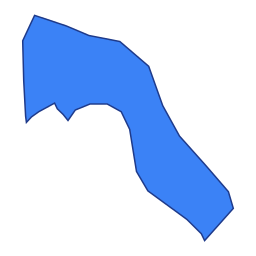 an SVG outline of Budva
{"feature_id": "MNE-1499", "entity_name": "Budva", "entity_type": "Municipality", "adm_level": 1, "iso_a3": "MNE", "parent_name": "Montenegro", "parent_adm1": "", "projection": "equal_earth", "projection_center": [18.879, 42.272], "detail": "fine", "context": "isolated", "style": "filled", "palette": "blue", "viewbox_px": 256, "rotation_deg": 0, "n_neighbors": 0, "source": "natural_earth", "source_scale": "10m", "svg_char_len": 515}
<svg xmlns="http://www.w3.org/2000/svg" viewBox="0 0 256 256"><path d="M204.6,240.6L201.3,233.7L187.0,219.5L147.9,190.9L136.5,171.5L129.7,129.4L121.2,111.7L107.2,104.0L90.0,104.0L75.3,110.0L68.0,120.5L63.2,114.5L57.3,108.8L54.6,103.1L38.8,111.7L31.5,116.9L26.4,122.4L25.6,116.1L23.7,80.4L22.7,40.8L31.1,22.8L34.6,15.4L66.2,25.9L88.9,35.5L119.8,41.5L148.7,66.3L156.8,89.1L162.7,105.6L179.5,136.1L206.3,166.1L228.4,191.7L233.3,208.4L204.7,240.5L204.6,240.6Z" fill="#3b82f6" stroke="#1e3a8a" stroke-width="1.5"/></svg>